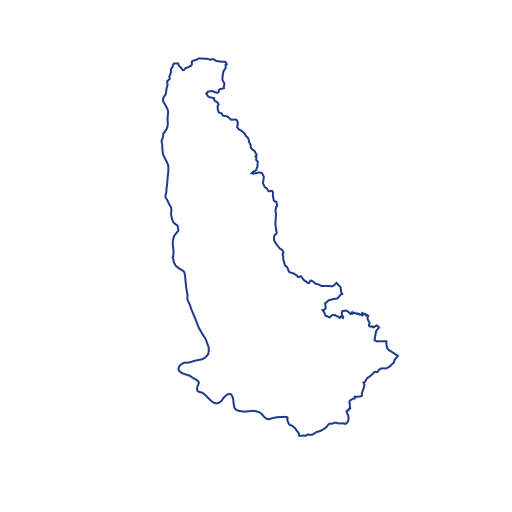 Da Bac, Hòa Bình, Vietnam (Albers equal-area conic projection), rotated 33°
{"feature_id": "81297802B60514422076531", "entity_name": "Da Bac", "entity_type": "district", "adm_level": 2, "iso_a3": "VNM", "parent_name": "Vietnam", "parent_adm1": "Hòa Bình", "projection": "albers", "projection_center": [105.101, 20.932], "detail": "fine", "context": "isolated", "style": "outline", "palette": "blue", "viewbox_px": 512, "rotation_deg": 33, "n_neighbors": 0, "source": "geoboundaries", "source_scale": "gbopen_adm2", "svg_char_len": 6133}
<svg xmlns="http://www.w3.org/2000/svg" viewBox="0 0 512 512"><g transform="rotate(33 256 256)"><path d="M392.5,381.7L393.8,380.5L394.5,380.4L395.5,379.7L396.8,377.3L398.7,376.6L400.7,375.0L402.6,370.7L404.3,368.9L405.8,366.8L407.4,363.6L408.3,360.9L408.5,357.6L409.2,356.4L411.2,355.1L413.5,352.3L415.7,351.8L418.3,350.3L420.4,348.7L422.4,348.2L423.3,346.0L422.9,343.3L421.9,341.6L420.3,339.6L417.3,337.7L416.4,336.8L417.6,334.9L417.1,334.3L417.1,333.5L418.1,332.6L416.2,330.5L415.6,329.4L413.9,327.7L413.6,326.5L413.6,325.9L415.0,322.9L416.3,321.9L416.3,321.2L415.4,320.3L415.5,320.0L417.1,319.2L418.2,318.5L420.6,316.4L421.0,315.4L419.7,313.8L418.3,308.2L417.9,307.4L417.3,305.1L415.1,303.6L415.9,302.3L415.7,297.8L416.6,296.1L417.9,292.2L418.3,289.5L418.8,288.3L421.0,287.3L421.2,284.4L421.6,283.2L422.3,282.1L426.4,279.3L427.7,277.1L428.7,274.6L429.0,272.5L429.7,269.8L428.8,267.9L428.9,265.9L429.3,264.4L429.3,262.4L419.5,262.5L417.1,262.3L414.7,260.6L411.7,256.5L403.6,261.9L401.1,261.9L397.6,253.4L398.1,249.0L396.7,248.5L394.9,248.5L393.4,252.0L393.1,252.1L392.2,251.5L391.5,252.2L391.0,252.3L390.7,252.9L389.4,253.1L388.7,252.9L388.1,252.0L388.0,250.6L387.1,249.9L385.3,248.9L383.5,247.7L382.8,245.9L383.0,245.3L382.7,245.0L381.6,245.0L381.0,246.0L380.5,246.1L380.3,246.0L379.9,245.1L379.6,245.0L378.6,245.5L376.2,245.9L376.7,246.6L377.6,247.2L377.8,247.7L377.6,248.0L375.9,247.8L375.2,248.5L373.9,248.4L373.5,249.2L372.6,248.8L372.0,249.5L370.4,249.9L369.5,249.8L368.9,251.0L367.2,250.7L367.1,251.1L368.1,252.0L366.8,253.2L363.8,252.5L362.7,252.7L361.2,252.6L360.4,253.6L358.6,254.9L358.5,255.7L359.5,257.9L361.3,259.2L362.3,259.6L362.7,260.1L362.7,260.6L360.3,260.4L359.9,260.9L360.1,261.9L359.7,262.4L359.0,262.1L357.7,262.0L356.5,262.6L354.7,262.4L353.7,263.2L352.8,263.5L351.8,264.7L351.2,267.4L350.2,267.7L348.9,267.6L347.2,268.2L346.5,268.0L342.9,265.5L341.3,265.2L342.6,263.4L342.9,262.0L341.5,259.9L339.6,258.1L340.4,256.5L340.6,254.9L341.5,253.1L344.5,249.8L347.0,247.7L347.5,247.1L348.0,242.2L349.0,240.9L347.5,240.2L343.7,236.0L343.2,235.8L341.5,235.7L338.2,234.6L337.2,238.6L336.2,240.1L332.0,242.3L327.3,245.5L323.7,245.8L320.5,246.9L318.5,246.3L315.4,246.6L315.1,247.1L315.1,249.9L314.5,250.3L313.5,250.4L311.9,249.9L310.7,250.3L309.3,250.1L304.6,248.5L302.9,250.8L300.9,250.1L296.7,250.2L292.9,251.4L291.9,251.0L288.2,248.4L285.4,248.1L280.7,244.0L279.3,241.8L277.6,240.4L277.2,239.8L277.2,238.2L275.9,237.2L274.4,236.6L271.9,236.8L268.0,235.5L264.6,234.1L262.8,233.1L262.3,232.6L260.8,230.2L260.2,228.5L260.5,227.4L261.0,226.6L260.7,225.3L260.2,224.5L258.9,223.5L254.9,218.7L252.1,213.9L250.8,211.2L247.0,206.5L246.8,205.3L246.1,203.8L246.5,203.0L246.5,202.3L243.5,199.4L242.0,200.0L240.6,199.6L237.8,196.9L235.3,193.1L234.0,192.6L233.0,193.3L232.0,194.6L231.1,194.7L229.7,194.3L228.4,193.4L226.5,193.5L225.6,193.3L222.2,191.2L221.6,190.5L221.6,189.8L219.5,185.4L216.2,183.3L215.0,183.6L214.5,183.5L213.1,184.2L210.8,186.7L209.3,188.1L207.3,189.0L207.8,186.4L208.8,185.5L209.4,183.9L208.8,182.3L208.7,180.6L206.0,175.8L204.2,175.6L203.0,174.0L202.4,172.9L201.4,172.8L201.5,171.0L200.6,170.3L199.3,169.8L198.2,169.0L196.4,168.5L195.1,168.7L192.6,168.0L192.0,167.3L191.2,165.9L188.3,164.3L185.4,161.5L184.1,161.1L182.0,160.8L181.2,160.4L180.2,159.6L179.5,159.4L174.3,158.9L172.8,159.2L170.0,158.2L169.3,156.7L169.2,155.6L168.4,154.9L168.0,153.9L165.6,152.4L164.1,152.9L161.4,155.0L160.6,155.3L156.1,154.5L152.2,156.2L151.4,156.2L149.4,155.1L146.9,155.9L145.8,155.3L144.2,154.0L142.2,151.3L142.1,150.8L142.2,149.4L141.1,148.6L139.4,148.1L137.2,148.3L136.3,148.1L135.7,147.7L135.0,146.5L130.5,148.1L129.6,148.2L128.5,148.1L125.8,146.8L126.3,145.7L126.1,144.3L129.8,141.2L131.3,141.3L134.6,140.3L135.2,139.4L135.3,138.6L134.5,137.2L134.6,136.5L134.8,135.9L137.7,132.7L136.7,131.4L136.1,129.3L135.3,128.4L132.3,126.8L131.5,126.0L129.3,121.8L128.1,118.6L128.2,115.2L127.8,114.1L126.3,112.2L126.5,111.5L126.9,111.1L125.3,110.0L124.6,109.9L123.7,110.3L120.1,112.5L117.7,113.4L116.6,114.1L114.4,114.0L112.2,114.4L111.1,116.1L107.3,117.4L100.3,121.5L99.4,123.5L96.3,127.3L96.4,128.0L97.9,130.5L97.9,131.8L96.4,134.5L94.8,136.4L94.2,139.2L93.6,139.9L92.3,139.8L90.6,138.8L88.3,138.6L86.8,137.8L85.8,136.9L82.3,139.3L82.3,140.7L82.8,142.0L83.0,143.6L82.9,145.3L83.8,147.3L84.6,148.1L85.6,152.6L87.2,154.7L86.5,157.0L86.4,158.1L88.7,160.7L89.7,164.1L92.0,168.9L92.2,170.4L92.0,173.0L92.3,174.5L93.6,176.6L101.5,180.8L103.8,182.9L106.9,188.8L110.2,193.4L111.5,196.3L111.8,197.8L111.9,199.8L111.7,201.2L112.0,202.1L111.6,203.8L113.2,206.9L114.2,211.2L116.7,213.6L119.0,217.0L122.0,220.7L123.0,221.6L131.6,226.7L133.3,228.2L134.2,229.4L136.4,232.8L139.4,238.8L142.0,243.4L144.5,248.8L145.8,250.7L147.2,254.7L148.0,256.0L151.3,257.5L154.9,259.8L158.5,261.6L159.9,263.4L162.1,267.4L164.3,269.7L167.8,272.5L170.1,273.1L173.6,273.3L175.0,274.5L176.0,275.7L176.7,276.6L177.0,277.5L176.5,282.6L176.5,284.2L177.9,288.2L179.7,291.4L184.5,297.2L186.9,301.6L186.7,302.4L188.6,303.9L190.4,305.9L193.3,307.6L194.6,308.0L198.0,308.3L203.0,308.2L204.8,308.7L207.0,310.9L214.2,320.0L219.6,325.8L222.1,329.7L222.7,330.2L227.1,333.0L231.4,336.4L239.3,341.7L247.5,347.6L255.2,351.4L257.9,352.5L261.0,354.5L265.9,358.3L266.8,359.3L268.4,362.0L269.2,364.0L269.3,365.6L268.6,369.0L267.4,371.6L261.6,377.3L258.9,380.7L256.2,383.1L254.3,384.3L253.5,385.1L252.2,387.8L251.7,390.2L252.1,392.1L252.5,393.0L253.6,394.0L255.6,394.4L258.0,394.5L265.8,392.5L269.9,392.6L273.7,392.3L275.4,392.5L276.5,392.9L277.1,393.4L278.3,398.4L278.8,399.5L280.3,401.0L281.7,401.1L285.2,400.0L286.7,400.0L289.1,400.2L296.4,401.8L300.1,402.1L303.0,401.3L305.0,399.1L306.0,396.2L306.0,392.8L306.6,389.9L307.8,387.1L309.1,385.8L310.8,385.7L312.8,386.8L314.8,388.5L318.9,393.4L320.6,395.1L322.4,395.7L324.0,395.7L326.2,395.2L330.6,393.1L332.6,391.7L338.1,387.3L341.6,385.8L343.8,385.3L346.2,385.2L350.5,386.5L353.5,386.7L355.5,386.1L359.0,382.1L361.9,379.4L368.1,375.0L369.8,374.2L370.4,374.3L370.7,374.6L371.0,375.9L372.8,377.5L375.5,379.2L379.3,378.7L383.1,379.3L384.9,380.2L388.3,381.2L390.1,383.2L392.5,381.7Z" fill="none" stroke="#1e3a8a" stroke-width="2"/></g></svg>